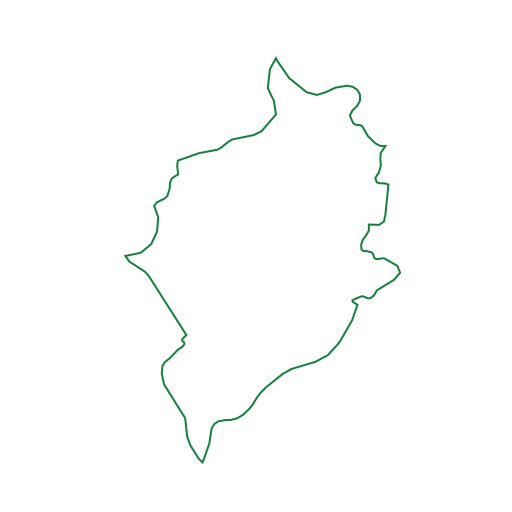 outline of Vorarlberg, rotated 40°
{"feature_id": "AUT-2320", "entity_name": "Vorarlberg", "entity_type": "State", "adm_level": 1, "iso_a3": "AUT", "parent_name": "Austria", "parent_adm1": "", "projection": "mercator", "projection_center": [9.893, 47.218], "detail": "fine", "context": "isolated", "style": "outline", "palette": "green", "viewbox_px": 512, "rotation_deg": 40, "n_neighbors": 0, "source": "natural_earth", "source_scale": "10m", "svg_char_len": 1856}
<svg xmlns="http://www.w3.org/2000/svg" viewBox="0 0 512 512"><g transform="rotate(40 256 256)"><path d="M254.4,368.5L252.9,367.2L253.5,361.3L186.9,340.3L181.0,339.4L162.5,341.7L155.9,339.9L158.4,336.8L164.4,329.2L165.7,327.5L168.1,314.1L167.5,312.1L165.9,306.0L164.5,300.9L156.2,289.2L151.0,286.1L145.7,283.0L145.6,278.5L149.1,270.7L149.5,267.0L146.5,259.8L143.1,255.3L141.6,250.7L142.5,247.7L143.9,243.5L139.4,239.2L138.0,238.0L134.8,233.2L146.1,214.0L158.1,199.4L159.5,195.9L161.3,186.7L162.9,182.0L176.6,164.7L180.0,156.8L180.3,134.8L170.2,125.8L157.1,119.8L146.7,104.1L146.0,101.0L144.1,91.8L144.9,92.3L146.4,92.7L167.0,98.4L189.6,98.0L199.2,93.4L204.3,85.4L208.7,75.9L216.3,67.0L221.4,64.2L226.7,63.6L231.7,65.4L235.8,70.0L237.0,76.1L236.3,82.5L237.6,88.0L244.8,91.7L247.7,91.5L252.0,88.7L253.8,88.2L264.4,92.2L274.9,93.0L280.2,91.9L284.4,88.5L285.4,97.1L289.1,102.0L293.5,106.4L296.7,113.5L296.7,115.0L296.8,116.6L297.4,119.7L301.2,122.0L304.3,120.6L307.5,117.9L311.5,116.1L328.8,141.5L331.9,147.6L330.2,153.1L322.2,159.4L326.1,163.9L327.0,169.3L327.4,174.9L329.3,179.8L332.7,183.2L335.1,183.1L337.7,181.1L342.4,178.9L344.1,179.1L347.8,181.3L349.6,181.3L351.1,180.2L355.3,175.5L370.7,172.7L377.2,176.2L377.0,185.6L370.6,204.8L371.4,208.2L371.6,211.3L370.7,214.8L369.0,216.5L364.3,217.9L362.9,218.9L359.7,224.7L358.3,228.0L359.8,228.9L365.1,228.2L370.9,243.2L375.1,266.5L375.4,271.6L374.7,286.0L369.5,298.9L355.8,319.7L352.2,329.3L348.1,350.0L347.4,358.1L347.8,364.3L348.9,371.5L349.1,377.1L348.1,386.1L345.9,392.5L342.1,397.7L337.7,401.6L333.2,407.3L332.1,411.7L332.9,416.8L340.9,429.9L347.2,446.7L347.5,448.2L347.6,448.4L342.7,448.2L327.5,443.3L319.5,438.7L305.9,425.7L268.2,413.5L259.5,406.8L255.0,400.4L254.4,395.6L255.6,390.0L256.4,377.9L257.9,373.0L257.9,369.9L256.5,368.3L254.4,368.5Z" fill="none" stroke="#15803d" stroke-width="2"/></g></svg>